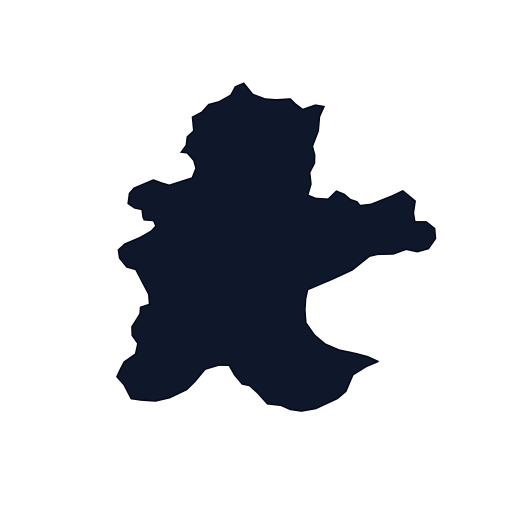 Nybro, Kalmar, Sweden (Robinson projection), rotated 157°
{"feature_id": "70781695B56315309655935", "entity_name": "Nybro", "entity_type": "district", "adm_level": 2, "iso_a3": "SWE", "parent_name": "Sweden", "parent_adm1": "Kalmar", "projection": "robinson", "projection_center": [15.892, 56.861], "detail": "fine", "context": "isolated", "style": "filled", "palette": "ink", "viewbox_px": 512, "rotation_deg": 157, "n_neighbors": 0, "source": "geoboundaries", "source_scale": "gbopen_adm2", "svg_char_len": 1646}
<svg xmlns="http://www.w3.org/2000/svg" viewBox="0 0 512 512"><g transform="rotate(157 256 256)"><path d="M431.2,199.2L427.8,189.1L426.6,173.4L423.5,171.6L418.3,168.4L405.2,161.8L391.0,159.3L372.0,160.1L361.4,164.3L347.1,171.7L332.9,170.1L323.4,165.9L322.2,155.1L318.7,143.5L312.7,139.4L308.0,129.4L303.2,115.4L291.4,108.8L284.3,101.3L274.8,95.5L260.6,92.2L236.9,93.0L226.2,96.3L213.2,108.8L197.8,111.2L184.4,111.2L185.2,111.6L192.5,119.6L201.8,126.9L216.4,137.1L226.8,148.0L233.1,160.4L236.2,175.0L232.0,187.4L226.8,197.6L221.6,204.9L205.9,204.9L193.4,204.9L172.6,205.6L151.7,211.5L143.4,210.0L128.8,204.2L115.2,203.5L105.8,196.9L94.4,195.4L83.9,202.0L80.8,211.5L81.1,212.0L86.0,221.0L96.4,225.4L94.3,234.1L88.0,244.4L95.4,258.6L106.9,258.1L129.9,258.6L140.6,261.8L141.9,266.5L147.2,271.2L150.6,278.2L156.6,284.3L167.3,280.1L178.6,285.7L184.6,291.8L177.3,300.7L173.9,312.0L165.9,318.6L162.5,326.1L161.2,335.0L149.8,346.8L143.1,359.5L135.0,367.0L142.4,371.7L155.8,372.6L160.4,380.6L163.1,387.2L176.5,391.9L186.5,397.1L195.9,406.1L199.8,419.8L208.9,419.8L216.3,413.9L229.8,412.4L240.3,413.9L249.7,409.5L260.2,408.7L264.4,395.5L272.7,392.5L276.9,385.2L284.2,380.8L279.0,377.8L275.9,368.3L276.9,360.2L284.2,352.8L308.2,355.0L314.5,360.2L320.8,366.1L341.7,366.1L348.0,363.1L353.2,354.3L349.0,347.7L342.7,343.3L344.8,336.0L344.8,333.0L336.4,328.6L336.4,322.7L342.7,319.8L355.2,318.3L371.9,318.3L380.3,315.4L382.4,307.3L379.2,296.3L371.9,290.5L369.7,262.7L372.9,253.1L382.3,253.9L385.4,248.0L393.7,242.2L397.9,239.3L401.0,231.2L398.9,221.7L405.1,212.9L418.7,210.0L424.9,204.9L431.2,199.2Z" fill="#0f172a" stroke="#020617" stroke-width="1.5"/></g></svg>